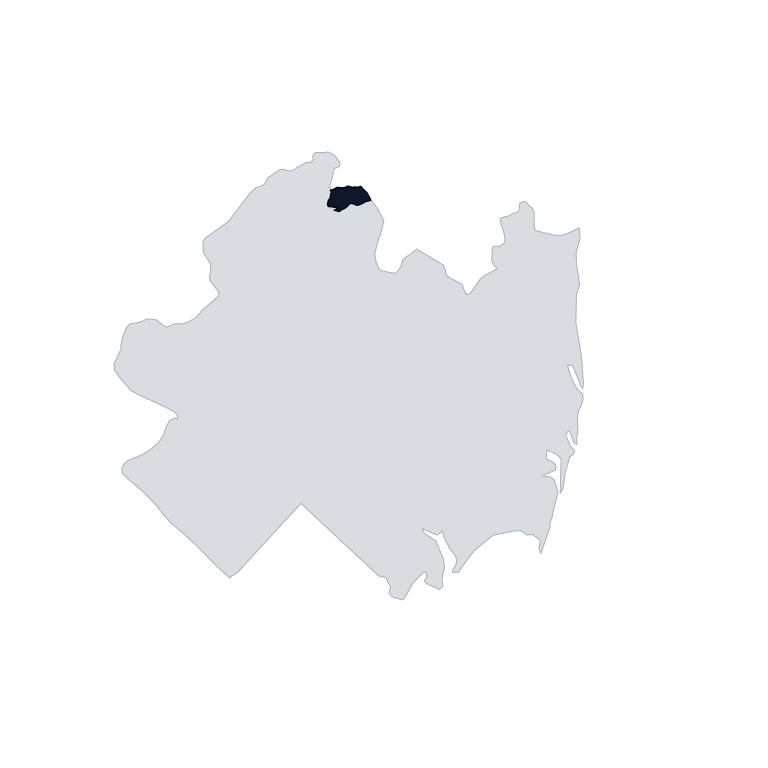 Ogoouè-Lètili, Haut-Ogooué, Gabon shown in context, rotated 223°
{"feature_id": "22940354B99015789882932", "entity_name": "Ogoouè-Lètili", "entity_type": "district", "adm_level": 2, "iso_a3": "GAB", "parent_name": "Gabon", "parent_adm1": "Haut-Ogooué", "projection": "albers", "projection_center": [13.529, -2.199], "detail": "fine", "context": "in_parent", "style": "filled", "palette": "ink", "viewbox_px": 768, "rotation_deg": 223, "n_neighbors": 0, "source": "geoboundaries", "source_scale": "gbopen_adm2", "svg_char_len": 4745}
<svg xmlns="http://www.w3.org/2000/svg" viewBox="0 0 768 768"><g transform="rotate(223 384 384)"><path d="M519.6,147.6L519.2,153.2L512.9,166.8L509.9,177.3L509.1,188.4L510.9,197.4L513.9,203.8L515.9,210.7L514.4,215.6L511.3,217.7L513.4,220.1L518.0,220.7L525.9,218.6L537.9,214.9L553.7,209.5L564.1,206.6L581.3,208.4L590.4,210.5L595.1,214.3L600.2,230.3L602.7,232.7L606.8,239.5L610.3,247.7L611.0,251.9L610.6,254.9L607.1,259.3L603.2,265.8L601.8,269.8L598.5,272.7L594.4,275.6L582.9,276.7L581.2,278.4L578.0,285.4L571.9,291.2L569.2,296.8L566.7,304.2L567.2,313.4L566.0,326.6L564.8,335.6L567.8,338.7L581.5,340.9L584.1,342.6L587.7,348.2L592.4,353.4L604.9,356.7L609.8,360.7L613.7,365.0L614.2,368.6L611.4,383.0L608.6,396.8L609.7,407.2L610.7,417.3L612.2,431.9L611.5,440.8L608.0,446.2L608.0,450.5L609.6,455.6L606.4,469.8L604.4,472.2L598.8,474.9L595.9,478.7L594.9,484.7L591.9,492.9L588.8,495.9L588.8,499.7L591.8,502.5L591.8,506.8L586.2,511.9L582.8,515.8L575.4,517.6L566.9,515.6L564.9,512.8L566.9,508.4L566.2,504.9L563.3,501.2L558.7,491.6L554.7,489.6L552.4,493.5L545.5,500.8L533.3,510.1L524.7,510.8L508.9,508.0L495.6,503.5L489.4,492.6L485.5,483.6L479.8,473.2L473.5,468.2L466.7,465.0L463.7,464.8L454.0,470.6L451.1,472.9L451.1,477.8L452.0,482.4L453.5,484.6L454.8,487.5L454.6,492.1L452.8,498.2L452.2,504.9L421.8,511.5L416.6,509.1L412.8,506.1L408.2,506.6L395.0,510.1L390.1,507.7L385.3,506.0L383.1,507.4L382.9,510.3L385.2,526.1L384.5,532.1L381.5,540.0L380.0,545.3L388.1,546.8L391.0,549.3L393.8,553.3L397.7,557.0L398.0,559.2L393.6,563.3L392.1,568.4L394.2,572.4L399.7,576.6L407.7,580.9L411.6,583.7L411.2,586.2L407.5,591.8L406.1,596.4L403.6,600.6L404.1,604.5L407.7,608.1L407.3,611.3L404.9,613.8L399.9,613.3L395.7,613.6L391.9,612.6L380.0,600.2L377.4,599.8L360.3,609.4L356.0,613.4L352.5,619.1L347.8,631.4L339.9,624.2L333.2,611.2L325.3,603.2L308.8,590.2L304.3,580.6L285.4,559.6L258.2,538.6L238.5,520.4L235.5,516.3L238.8,516.8L257.8,525.9L260.4,524.8L262.6,522.8L254.4,518.0L246.5,514.3L239.2,512.0L231.8,512.2L227.7,508.3L225.0,502.5L223.6,497.4L220.4,492.2L209.9,481.4L207.4,477.2L201.7,471.5L205.1,470.7L216.3,476.1L217.3,474.0L216.3,470.7L205.1,465.6L199.0,465.3L197.6,461.6L198.4,457.4L190.3,441.6L181.9,429.8L180.6,424.2L203.2,449.9L206.2,450.3L210.1,450.1L219.4,447.1L217.7,443.7L213.4,440.0L209.4,441.7L204.1,442.1L201.3,440.6L200.0,437.9L205.3,425.4L203.0,426.1L201.3,428.3L198.4,429.4L193.9,430.0L182.8,423.4L173.0,405.4L170.4,401.7L167.7,395.4L165.1,392.8L153.8,367.2L158.1,369.1L163.3,376.5L173.2,374.9L177.1,370.6L180.5,370.7L184.0,369.7L188.3,365.7L201.0,347.9L204.3,324.6L203.2,310.8L201.2,297.1L205.5,292.7L207.1,295.5L208.0,300.4L210.0,304.0L214.5,307.2L223.0,308.1L236.1,313.1L240.8,316.3L242.0,309.9L257.1,304.3L252.5,302.3L239.1,304.6L220.8,296.4L214.6,291.2L208.9,281.3L203.0,276.1L203.4,271.4L216.6,267.1L220.1,267.6L221.5,272.7L225.0,274.8L226.4,274.1L226.9,269.7L227.0,257.9L222.9,241.1L224.1,237.9L227.7,236.7L230.9,234.5L233.2,234.0L237.6,234.4L239.9,238.3L241.1,240.5L245.6,241.4L249.3,243.5L252.5,242.9L255.1,240.5L259.0,240.0L271.0,240.0L281.9,240.0L303.6,240.0L325.3,240.0L347.0,240.0L363.3,240.1L363.2,230.4L363.1,215.6L363.0,198.1L362.9,181.3L362.8,165.7L362.6,147.3L363.5,142.1L364.6,139.9L364.2,136.9L381.0,136.6L411.4,137.9L424.7,137.7L428.5,138.0L445.1,137.0L458.5,138.2L464.3,139.5L469.4,140.1L485.5,140.9L506.6,139.9L513.7,140.1L517.7,142.7L519.6,147.6Z" fill="#d9dde1" stroke="#a8b0b8" stroke-width="1"/><path d="M519.1,509.3L519.6,509.6L520.9,510.2L522.6,510.8L524.8,511.4L525.9,512.0L527.1,512.2L528.6,512.2L530.5,512.2L532.3,512.3L533.8,512.4L534.6,512.7L535.6,512.6L536.2,512.0L536.7,510.7L537.4,509.8L538.3,509.2L539.7,508.1L540.4,507.2L541.1,506.4L542.4,505.6L543.7,505.0L544.3,504.7L545.3,504.1L545.7,503.3L546.1,502.2L546.3,501.4L547.1,500.3L548.1,499.2L549.4,498.1L550.9,497.0L551.8,496.3L552.6,495.2L553.0,493.8L553.5,492.3L554.0,491.2L554.4,490.3L555.3,489.3L555.3,489.2L553.7,488.6L553.1,488.1L552.7,487.5L552.4,486.6L552.0,485.7L551.4,485.1L550.9,484.3L550.2,483.5L550.0,482.4L550.0,481.6L550.0,480.7L549.5,479.7L549.0,478.9L548.4,477.9L547.9,477.1L547.4,476.5L546.6,476.1L545.6,476.1L544.7,476.5L544.3,476.9L543.8,477.7L542.9,478.3L541.7,478.8L540.8,479.5L539.5,480.4L538.3,481.3L538.0,480.8L538.0,479.6L538.0,478.8L538.4,478.1L538.6,477.5L537.2,478.1L536.6,478.5L536.1,478.8L535.4,479.0L534.9,479.2L534.6,479.6L534.3,480.3L534.1,480.7L534.1,481.7L533.9,482.5L533.6,483.3L533.1,484.3L532.7,485.5L532.4,486.6L532.1,487.9L532.1,490.3L532.0,492.4L531.5,493.3L531.1,493.8L530.3,494.3L529.6,494.8L528.8,495.2L527.9,495.4L527.2,495.6L526.4,495.9L525.7,496.4L524.9,497.2L524.4,498.2L523.5,500.1L522.7,502.0L522.4,503.2L521.9,504.8L521.3,505.9L520.0,507.6L519.1,509.3Z" fill="#0f172a" stroke="#020617" stroke-width="1.5"/></g></svg>